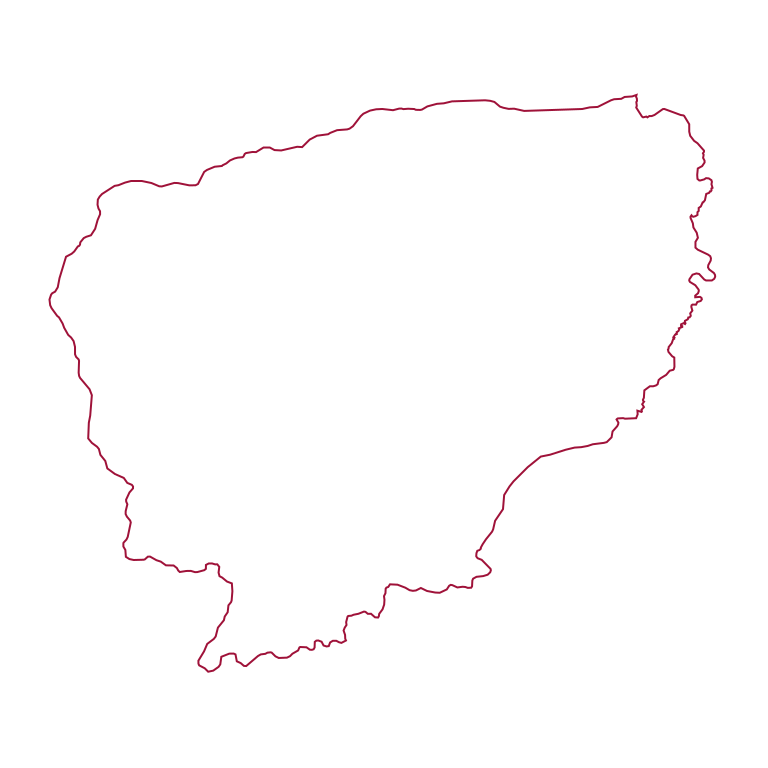 outline of Guapi, Cauca, Colombia, rotated 89°
{"feature_id": "7082276B333930671770", "entity_name": "Guapi", "entity_type": "district", "adm_level": 2, "iso_a3": "COL", "parent_name": "Colombia", "parent_adm1": "Cauca", "projection": "robinson", "projection_center": [-77.666, 2.419], "detail": "fine", "context": "isolated", "style": "outline", "palette": "rose", "viewbox_px": 768, "rotation_deg": 89, "n_neighbors": 0, "source": "geoboundaries", "source_scale": "gbopen_adm2", "svg_char_len": 6034}
<svg xmlns="http://www.w3.org/2000/svg" viewBox="0 0 768 768"><g transform="rotate(89 384 384)"><path d="M639.8,426.5L638.0,427.2L634.2,427.3L629.8,428.7L626.9,427.5L624.3,425.7L621.4,426.0L616.0,424.5L615.3,423.8L615.1,420.6L614.2,418.5L613.3,413.6L611.2,408.0L611.5,406.5L613.5,404.2L613.5,401.0L617.1,397.1L617.4,394.0L616.1,393.2L613.7,392.8L609.3,389.4L604.6,387.7L599.8,387.3L596.1,387.7L593.2,386.2L588.7,385.9L587.6,385.1L587.0,383.3L584.4,381.5L584.9,374.0L588.0,366.3L590.6,362.0L591.3,358.8L591.0,355.7L588.6,350.7L591.7,344.6L593.4,336.4L593.7,331.9L590.5,324.8L586.9,322.4L586.0,320.8L586.3,319.2L588.7,314.2L588.1,308.9L588.4,306.2L589.3,303.8L589.2,300.4L587.9,299.5L582.0,299.1L580.2,298.3L578.4,294.9L577.8,288.2L576.5,283.7L574.1,281.1L572.1,280.4L570.7,280.7L561.5,289.4L559.9,293.3L558.9,294.2L557.8,294.8L554.7,294.5L552.4,293.6L551.7,291.5L550.4,290.1L549.2,290.0L546.0,288.2L541.1,284.8L533.5,278.5L531.2,277.4L522.7,275.3L511.2,267.2L497.1,265.8L488.6,260.3L483.6,256.2L469.6,241.7L459.3,228.5L457.6,219.2L452.9,203.5L450.9,194.5L450.6,188.0L449.5,181.4L447.9,176.3L446.7,165.2L446.0,162.3L441.3,157.4L435.4,156.3L430.3,151.6L428.4,150.6L426.7,150.3L423.5,152.1L422.9,151.5L422.5,150.8L422.3,145.5L422.9,143.6L422.6,132.5L418.7,130.9L415.1,131.1L416.4,127.0L415.8,126.6L414.3,127.0L411.6,124.5L408.7,126.2L406.2,124.3L405.7,125.0L404.4,125.4L402.3,124.4L394.9,123.8L390.9,118.2L391.0,115.0L390.2,112.1L389.0,110.4L384.8,109.3L383.1,107.3L379.8,101.7L375.7,98.1L374.9,94.6L374.3,94.0L371.9,93.3L362.6,93.3L361.3,95.4L356.9,99.0L354.5,99.5L353.8,98.9L352.0,98.7L348.2,95.6L344.7,94.3L343.9,93.2L343.3,93.7L342.7,93.0L342.2,93.8L339.9,92.2L339.3,90.7L338.8,91.1L338.0,90.2L337.2,90.4L336.2,88.7L334.4,87.8L333.5,88.2L332.2,84.8L331.3,84.8L330.9,86.0L329.5,85.9L328.4,83.4L329.3,82.0L328.5,81.5L327.2,82.2L326.1,82.0L324.6,79.1L322.8,78.6L322.7,77.3L321.2,76.1L318.7,76.6L316.0,74.4L312.2,75.4L310.7,75.1L310.0,74.2L310.1,70.6L307.5,69.3L306.5,65.9L304.9,64.7L303.4,65.1L302.4,66.5L302.7,71.3L301.1,71.3L298.7,68.4L296.4,67.6L295.1,67.8L290.7,71.0L287.3,76.3L286.0,77.0L284.6,76.8L280.1,73.6L278.9,69.7L279.5,67.0L285.1,62.0L286.1,60.2L286.2,54.4L284.6,52.0L282.5,51.0L280.8,51.1L278.9,52.1L275.2,56.8L273.1,58.0L270.8,57.7L266.3,55.2L264.0,54.9L261.9,55.6L260.3,57.7L255.2,67.9L253.1,70.2L247.3,70.1L243.3,67.6L238.2,68.7L232.9,71.9L228.7,72.4L223.3,74.6L222.0,74.6L220.7,73.6L221.7,72.9L222.2,71.9L221.6,69.6L220.4,67.6L217.7,67.6L216.4,66.3L213.5,66.3L212.0,64.1L207.9,62.2L207.9,61.6L205.8,59.9L199.6,58.5L198.5,55.5L197.2,54.9L197.2,54.0L196.2,53.2L194.2,53.2L193.6,52.1L189.9,53.1L187.6,52.6L185.9,53.1L184.1,55.7L183.8,58.4L185.0,60.3L186.0,64.1L186.0,65.2L184.4,67.0L180.4,67.2L174.0,66.5L171.7,62.1L168.1,59.6L166.3,59.6L163.5,61.0L160.4,60.4L158.9,61.1L157.4,60.0L156.2,60.0L148.7,66.4L146.3,69.7L141.2,73.5L137.1,74.4L129.6,74.3L121.2,79.2L120.7,79.9L120.2,82.7L113.9,98.9L114.0,100.4L119.7,108.8L120.8,111.7L120.7,114.0L122.0,116.0L121.2,117.0L121.9,120.3L121.1,121.4L112.0,127.0L110.3,126.4L106.5,126.8L105.4,126.1L103.0,126.2L101.1,127.0L99.4,126.5L100.8,130.8L101.2,138.4L103.0,141.8L103.3,149.0L104.3,152.1L110.7,165.5L111.0,173.4L112.5,181.0L113.4,239.1L111.0,249.1L111.1,254.6L109.9,259.8L108.7,263.2L103.9,268.7L102.7,272.9L102.1,278.0L102.6,311.1L104.4,319.3L104.8,326.2L107.2,335.8L110.3,341.3L110.6,343.0L110.4,347.4L109.6,349.0L109.2,355.1L109.5,359.8L108.9,361.8L108.9,364.0L110.4,370.2L109.0,380.9L109.2,387.1L110.4,393.2L113.4,399.9L115.8,402.6L125.7,410.5L128.1,414.0L128.8,416.4L129.4,426.5L132.0,433.4L133.3,435.5L134.6,446.7L138.3,454.0L145.7,461.7L145.3,466.7L148.7,482.7L148.2,489.4L145.6,494.0L145.5,500.4L149.9,507.9L149.7,511.5L150.7,517.9L151.5,519.2L154.2,520.6L154.8,521.6L155.1,526.1L155.9,529.6L157.8,534.1L160.7,537.8L162.5,541.6L163.2,542.3L163.8,549.5L166.9,557.3L168.8,560.1L180.8,566.5L182.0,569.0L182.0,575.1L179.5,586.5L179.3,590.2L182.6,602.7L182.4,605.3L179.0,613.0L176.8,622.6L176.6,633.3L178.1,639.4L180.6,646.1L181.2,649.9L189.1,662.6L191.6,665.0L194.6,666.9L199.8,667.3L203.6,666.4L206.3,664.9L209.3,664.9L215.1,667.5L223.8,670.1L230.2,674.4L231.6,679.1L232.9,681.7L237.1,685.2L239.3,685.5L240.5,686.3L241.1,687.7L246.1,691.4L248.3,694.0L251.2,699.7L272.5,706.6L281.6,708.5L285.9,711.2L287.5,714.2L288.9,715.3L293.7,717.0L299.4,716.4L302.5,715.0L310.2,709.6L311.7,707.8L317.9,704.3L322.2,702.8L329.4,698.9L332.1,696.0L335.7,693.6L341.5,692.3L348.9,692.4L351.5,691.4L354.1,688.9L355.5,688.5L367.4,689.1L370.6,688.7L372.6,687.8L384.1,678.5L390.1,676.3L410.5,678.3L417.6,679.8L433.3,680.7L437.8,677.1L441.7,672.0L444.0,670.2L449.9,668.8L456.1,664.0L463.6,662.1L469.3,654.6L473.4,645.8L478.4,642.4L480.4,637.9L482.1,636.7L484.0,636.8L488.0,640.4L495.2,643.9L497.1,643.8L499.8,642.7L506.6,644.5L509.5,644.6L512.1,643.4L516.1,640.2L518.0,639.6L532.4,642.9L535.0,644.2L538.1,647.2L539.1,647.4L542.0,647.4L545.4,645.5L552.3,645.1L554.6,641.6L555.6,637.3L555.5,627.4L555.2,626.2L552.5,623.1L552.5,620.9L556.2,614.6L557.7,610.3L561.5,605.2L561.8,597.5L564.4,594.3L566.9,593.0L568.4,591.5L567.5,584.9L567.5,580.4L568.8,576.3L568.8,574.0L567.0,566.9L565.7,565.3L561.8,565.2L560.4,562.4L560.4,559.1L561.4,556.0L561.4,553.8L564.0,551.9L569.7,552.7L573.3,551.8L574.7,549.2L578.8,544.4L580.7,539.6L588.6,539.2L597.7,540.1L599.4,540.7L602.6,543.4L609.5,544.3L613.7,547.3L617.4,548.2L624.7,554.3L633.5,556.7L635.9,558.6L640.8,565.3L648.2,568.6L657.4,574.4L660.4,574.4L662.1,573.7L665.1,568.2L668.6,564.8L667.6,559.7L663.9,554.3L661.5,552.6L653.9,551.4L650.9,543.4L650.9,539.0L651.8,537.2L658.7,536.0L660.5,532.2L663.4,529.0L663.6,526.7L653.8,514.8L652.2,511.9L651.7,507.3L650.6,505.3L650.3,502.1L650.6,501.0L654.4,497.3L656.1,494.0L655.9,485.8L654.5,482.7L652.1,480.3L648.9,474.5L646.0,473.2L645.5,472.4L645.9,466.1L648.4,462.7L648.5,460.6L648.0,459.0L646.3,458.0L640.6,457.7L639.4,456.1L639.3,454.2L640.6,450.9L644.4,449.0L645.4,446.0L645.1,443.8L641.5,442.4L639.9,439.7L639.9,436.2L641.4,433.5L642.1,431.1L639.8,426.5Z" fill="none" stroke="#9f1239" stroke-width="2"/></g></svg>